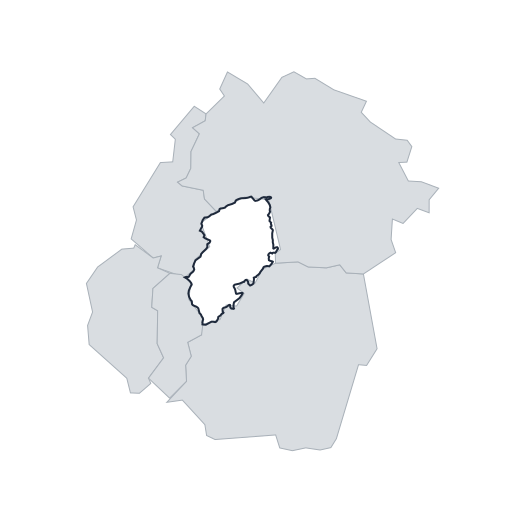 Czechia highlighted, Albers equal-area conic projection, rotated 108°
{"feature_id": "CZE", "entity_name": "Czechia", "entity_type": "country or territory", "adm_level": 0, "iso_a3": "CZE", "parent_name": "Europe", "parent_adm1": "", "projection": "albers", "projection_center": [15.441, 49.807], "detail": "fine", "context": "with_neighbors", "style": "outline", "palette": "slate", "viewbox_px": 512, "rotation_deg": 108, "n_neighbors": 5, "source": "natural_earth", "source_scale": "50m", "svg_char_len": 5253}
<svg xmlns="http://www.w3.org/2000/svg" viewBox="0 0 512 512"><g transform="rotate(108 256 256)"><path d="M420.7,135.1L423.1,149.4L429.9,161.2L431.2,174.1L420.1,182.0L443.2,238.2L442.0,247.5L432.2,252.5L415.8,281.5L422.7,295.6L396.6,283.4L381.6,289.2L371.4,286.6L359.2,294.3L347.8,283.4L339.3,288.2L327.6,270.6L311.9,269.2L309.6,259.0L295.3,255.7L292.3,264.2L280.8,257.5L282.0,248.5L266.5,245.8L256.8,235.2L248.6,214.2L250.3,203.0L245.5,185.4L238.5,173.6L244.2,165.0L239.9,148.3L306.8,112.2L325.9,117.0L327.7,124.9L404.9,123.1L415.1,125.6L420.7,135.1Z" fill="#d9dde1" stroke="#a8b0b8" stroke-width="1"/><path d="M298.4,317.1L297.7,346.0L285.3,346.2L289.7,353.2L278.3,380.0L258.7,380.8L247.2,388.1L196.7,375.8L192.2,364.3L169.9,368.8L166.9,374.9L132.7,361.0L136.3,347.4L143.1,346.1L153.6,356.0L157.3,347.6L176.7,350.1L192.8,345.1L203.3,346.5L210.0,353.4L212.2,347.9L209.8,326.5L217.7,322.6L225.8,307.7L241.6,318.6L261.5,302.9L278.2,312.9L288.3,311.0L298.4,317.1Z" fill="#d9dde1" stroke="#a8b0b8" stroke-width="1"/><path d="M409.7,316.7L422.6,324.5L425.0,333.1L412.2,341.1L391.8,387.3L374.1,394.7L359.8,394.1L334.5,408.8L315.4,403.2L290.9,385.7L286.3,374.7L282.6,374.4L289.7,353.2L285.3,346.2L297.7,346.0L299.1,332.5L318.7,344.0L337.0,339.3L338.5,332.6L369.9,322.9L381.4,312.4L405.4,320.5L409.7,316.7Z" fill="#d9dde1" stroke="#a8b0b8" stroke-width="1"/><path d="M239.9,148.3L244.2,165.0L238.5,173.6L245.5,185.4L250.3,203.0L248.6,214.2L256.8,235.2L247.6,238.5L242.2,234.7L198.5,261.3L203.5,285.1L225.8,307.7L217.7,322.6L209.8,326.5L212.2,347.9L210.0,353.4L203.3,346.5L192.8,345.1L176.7,350.1L157.3,347.6L153.6,356.0L143.1,346.1L136.3,347.4L113.6,335.5L108.4,342.1L89.8,340.0L95.0,317.1L108.1,295.9L78.1,286.6L69.1,276.9L72.0,262.8L68.8,254.9L73.9,233.3L74.7,198.8L86.8,200.3L93.3,188.6L101.6,159.4L99.2,148.0L103.8,141.6L120.1,141.5L123.0,149.1L137.6,134.3L134.3,121.7L135.1,103.2L149.0,108.7L161.4,104.7L160.9,117.3L179.6,126.2L178.7,137.7L198.6,132.6L209.7,124.2L239.9,148.3Z" fill="#d9dde1" stroke="#a8b0b8" stroke-width="1"/><path d="M417.9,294.2L405.4,320.5L381.4,312.4L369.9,322.9L338.5,332.6L337.0,339.3L318.7,344.0L299.1,332.5L296.7,321.2L301.3,309.8L318.1,306.5L331.7,286.6L347.8,283.4L359.2,294.3L371.4,286.6L381.6,289.2L396.6,283.4L417.9,294.2Z" fill="#d9dde1" stroke="#a8b0b8" stroke-width="1"/><path d="M337.6,285.8L337.0,285.9L335.8,286.5L334.3,286.7L332.6,286.7L331.3,287.6L330.1,289.1L328.9,290.1L328.2,291.1L327.9,292.0L323.6,294.7L323.0,295.8L322.6,297.3L322.5,299.3L322.2,301.1L321.5,302.0L319.2,302.9L318.6,303.4L318.2,304.3L316.9,305.7L315.4,307.1L312.6,308.7L309.5,309.2L305.5,308.8L303.1,308.3L302.0,309.0L300.5,311.0L298.9,314.4L298.3,317.0L297.7,316.3L296.7,313.6L295.6,313.3L294.1,313.0L293.0,312.7L290.5,311.1L289.3,310.7L287.9,310.6L286.5,311.5L285.5,312.6L282.3,312.6L278.8,312.2L273.8,308.6L272.5,308.6L271.1,308.8L268.9,307.9L264.7,305.6L262.7,305.0L261.5,305.4L260.3,305.9L259.5,305.9L259.0,305.2L257.5,304.2L255.9,304.1L255.4,304.7L254.9,309.8L254.3,311.6L252.1,311.5L251.4,312.4L249.6,314.9L249.3,317.2L246.3,316.7L244.9,316.3L243.6,316.6L242.3,317.9L238.4,317.8L235.4,316.9L234.1,314.0L232.8,312.8L231.0,311.7L230.4,311.4L229.5,309.8L227.7,307.8L224.8,305.0L222.5,305.1L221.7,304.3L221.3,303.3L220.4,301.6L219.4,300.3L218.1,299.8L216.3,298.3L213.9,294.8L211.7,292.5L209.5,292.4L208.1,291.2L206.7,289.5L205.7,288.0L204.3,284.2L203.2,282.0L202.3,280.7L201.3,279.5L201.0,278.7L202.3,276.7L202.8,275.8L203.4,275.0L203.7,274.3L203.8,273.7L202.7,271.7L201.2,270.2L199.0,268.7L197.6,266.8L197.2,265.1L197.1,264.2L196.1,262.9L195.4,261.1L195.5,260.0L195.7,259.7L196.4,259.7L197.2,260.5L198.3,262.0L199.2,264.1L199.8,263.3L201.0,261.2L203.1,258.8L205.2,257.4L207.0,257.4L208.5,257.0L209.7,256.3L211.9,256.7L213.4,257.3L213.9,257.0L214.6,255.7L215.0,254.6L218.5,254.0L219.7,251.9L220.4,251.9L221.1,251.6L221.9,250.8L222.6,250.5L223.1,250.9L223.8,251.2L224.6,250.7L225.8,248.3L226.4,247.9L229.4,247.6L233.6,246.2L235.7,244.9L237.7,244.3L239.9,243.0L243.4,241.9L243.5,241.4L242.0,240.1L241.4,239.3L241.1,238.5L241.7,237.6L242.4,237.3L243.4,237.7L246.3,238.3L247.1,238.8L247.3,240.1L248.0,241.3L248.6,241.4L248.4,243.3L249.3,244.1L250.7,244.7L251.6,244.6L252.2,243.8L252.5,243.3L254.2,243.2L256.0,242.4L256.2,241.1L256.1,238.6L256.3,238.2L259.0,238.9L261.7,240.1L262.1,242.5L262.9,243.8L263.7,244.9L264.5,245.4L266.0,245.5L269.7,246.9L271.5,247.2L273.4,248.2L274.9,249.3L276.0,249.5L276.6,250.6L277.3,251.4L278.5,250.8L283.0,249.9L284.6,251.0L285.7,252.2L285.9,252.5L285.3,253.6L285.0,254.4L284.6,254.9L283.0,255.5L282.2,256.5L281.6,257.5L282.0,258.5L283.3,259.2L284.2,259.3L284.5,260.0L287.4,263.2L289.8,267.3L290.7,267.9L291.5,268.0L292.5,267.4L293.6,266.1L294.9,265.1L296.0,264.5L297.9,263.4L298.0,262.6L296.3,259.8L295.3,257.6L295.5,257.2L297.6,257.5L301.2,258.7L306.8,262.6L307.8,262.5L309.7,262.2L311.8,261.5L312.8,260.7L313.2,261.0L313.6,263.2L313.0,264.4L310.6,265.7L310.7,266.2L311.4,267.0L312.5,267.5L314.0,268.8L315.0,270.5L315.8,271.2L316.7,271.5L319.0,270.6L319.6,269.9L319.9,269.4L320.4,269.5L321.2,270.2L321.4,270.7L323.7,271.5L325.0,272.6L325.9,273.1L326.8,272.6L330.3,273.3L331.3,274.0L331.7,275.3L331.6,276.0L332.2,278.0L336.9,282.5L337.5,284.9L337.6,285.8Z" fill="none" stroke="#1e293b" stroke-width="2"/></g></svg>